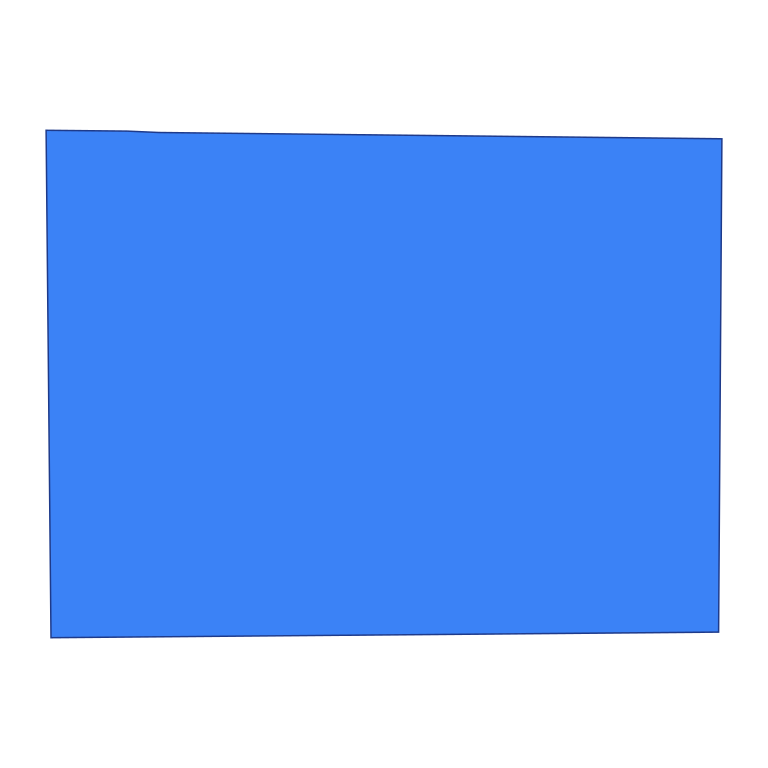 outline of Zavala, Texas, United States of America, rotated 180°
{"feature_id": "52423323B15496967187618", "entity_name": "Zavala", "entity_type": "district", "adm_level": 2, "iso_a3": "USA", "parent_name": "United States of America", "parent_adm1": "Texas", "projection": "robinson", "projection_center": [-99.64, 28.866], "detail": "fine", "context": "isolated", "style": "filled", "palette": "blue", "viewbox_px": 768, "rotation_deg": 180, "n_neighbors": 0, "source": "geoboundaries", "source_scale": "gbopen_adm2", "svg_char_len": 253}
<svg xmlns="http://www.w3.org/2000/svg" viewBox="0 0 768 768"><g transform="rotate(180 384 384)"><path d="M717.0,130.3L49.4,135.9L46.1,629.2L609.1,635.5L641.1,636.9L721.9,637.7L717.0,130.3Z" fill="#3b82f6" stroke="#1e3a8a" stroke-width="1.5"/></g></svg>